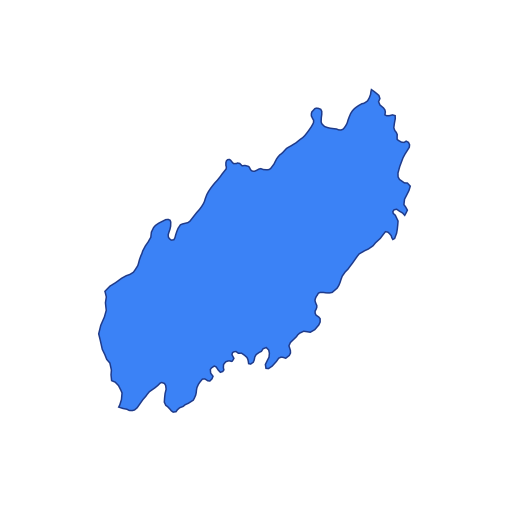 the district of Maladzyechna, Minsk, Belarus, rotated 305°
{"feature_id": "67162791B22380901430791", "entity_name": "Maladzyechna", "entity_type": "district", "adm_level": 2, "iso_a3": "BLR", "parent_name": "Belarus", "parent_adm1": "Minsk", "projection": "equal_earth", "projection_center": [26.93, 54.243], "detail": "fine", "context": "isolated", "style": "filled", "palette": "blue", "viewbox_px": 512, "rotation_deg": 305, "n_neighbors": 0, "source": "geoboundaries", "source_scale": "gbopen_adm2", "svg_char_len": 4994}
<svg xmlns="http://www.w3.org/2000/svg" viewBox="0 0 512 512"><g transform="rotate(305 256 256)"><path d="M53.5,230.2L54.8,234.5L56.4,238.1L56.8,240.8L58.4,243.3L60.2,244.8L63.5,245.7L68.3,245.7L73.4,245.7L77.9,246.2L80.3,246.2L83.7,246.5L87.8,248.0L90.0,248.8L93.5,249.8L96.9,250.4L98.3,251.3L99.1,254.1L98.1,256.3L95.3,258.8L91.2,260.4L87.2,262.6L83.7,264.7L81.9,267.8L81.9,269.9L81.2,273.4L80.6,275.5L80.6,277.7L82.6,279.8L84.9,279.8L87.9,280.5L91.0,282.6L93.6,283.3L96.6,285.1L101.9,287.3L103.9,287.1L107.4,286.4L109.8,285.4L111.9,284.2L114.3,283.1L118.0,282.4L121.0,282.4L124.4,282.7L125.9,284.5L126.1,286.1L126.1,288.0L127.1,289.9L130.1,290.4L132.8,289.8L133.6,287.4L134.0,286.1L136.8,283.7L138.7,283.7L141.9,284.9L142.3,286.8L141.7,288.6L140.9,290.5L140.3,293.5L142.3,295.0L144.3,295.0L145.7,293.4L148.4,291.7L149.8,291.7L152.0,291.9L154.1,293.4L155.1,294.8L155.5,296.2L156.1,296.8L157.9,296.8L159.5,296.6L160.6,294.4L161.4,292.9L163.4,292.2L164.8,292.8L166.3,294.4L166.2,297.3L168.1,299.9L168.1,303.7L167.7,306.8L166.8,308.4L165.6,309.8L163.6,311.7L164.4,313.6L167.4,314.7L169.7,314.2L172.7,312.9L175.4,312.7L178.8,313.9L181.0,315.1L184.1,315.0L186.9,316.9L186.3,320.3L184.1,322.7L180.6,324.7L176.2,325.3L172.5,325.9L169.7,328.6L170.9,330.8L175.1,332.4L181.4,333.2L185.3,333.2L187.5,334.5L188.5,336.3L189.3,339.0L193.6,340.3L196.3,339.9L198.3,338.4L199.7,336.6L201.3,334.5L204.8,333.8L207.0,334.2L213.1,335.4L215.4,335.4L217.8,336.0L221.7,338.2L223.1,340.9L224.7,344.2L229.4,346.4L235.5,347.0L238.7,346.4L241.4,344.5L242.0,342.5L242.0,339.1L243.0,337.3L244.8,336.0L246.8,335.8L248.9,335.2L250.3,334.2L251.2,332.7L252.4,330.9L253.7,329.6L255.7,328.9L257.5,328.6L259.3,328.6L261.3,328.4L262.9,329.4L264.8,332.1L266.1,334.7L268.0,337.5L269.9,339.3L276.2,340.9L279.4,340.7L282.6,340.0L285.5,339.1L288.9,338.2L294.0,338.2L298.2,338.9L300.4,338.9L305.8,339.1L308.6,339.1L314.0,339.1L316.9,339.3L322.9,342.1L326.1,344.0L331.5,346.0L335.3,346.3L341.7,347.7L347.1,347.9L350.2,348.1L351.2,350.4L350.9,352.5L350.2,355.1L349.0,356.5L348.0,358.6L349.9,359.5L355.3,358.1L359.1,356.3L362.9,354.2L366.1,352.3L369.3,346.7L369.6,344.0L370.9,342.6L373.1,342.6L375.0,344.4L375.0,347.9L375.3,351.4L374.6,354.5L377.5,354.2L380.4,353.7L382.0,350.4L382.9,347.7L387.7,345.1L392.8,344.4L397.5,343.7L401.7,342.3L402.6,338.2L401.0,335.6L401.0,332.1L401.0,329.6L402.3,327.0L405.4,324.7L411.8,322.4L417.2,321.0L420.7,320.1L424.8,319.6L429.2,319.4L433.0,319.2L435.2,318.0L436.5,315.7L436.2,313.1L434.0,312.2L432.7,309.9L432.4,306.9L432.4,304.8L434.6,303.2L436.5,302.0L437.7,300.0L438.4,297.7L440.1,295.3L444.2,293.2L448.4,291.3L450.8,289.5L449.9,286.9L447.4,284.7L445.8,282.5L445.6,280.6L448.1,279.4L449.6,277.8L450.4,275.5L450.7,272.3L450.8,270.9L452.7,267.9L456.0,267.2L458.0,264.6L458.3,261.8L458.5,258.6L458.5,255.1L456.3,256.0L454.0,257.2L450.5,258.1L447.0,258.4L444.3,257.4L442.7,256.6L441.5,255.4L437.9,253.7L435.5,252.8L433.2,252.1L430.3,251.7L427.1,251.8L423.3,252.6L420.2,253.4L417.9,254.2L416.2,254.6L413.7,254.8L411.5,254.8L409.6,254.5L407.9,253.3L406.7,251.3L406.2,249.1L404.6,246.1L403.2,243.4L402.3,241.1L401.6,238.7L401.4,237.8L401.9,234.7L402.4,233.5L403.4,232.3L406.7,230.2L409.8,228.6L412.2,226.9L413.3,224.9L412.7,222.4L411.7,220.6L410.5,219.7L406.0,219.1L404.2,219.8L402.5,221.0L401.6,222.6L400.7,224.2L400.3,225.3L398.3,226.6L396.5,226.9L393.5,227.2L388.4,227.2L385.8,227.1L382.5,226.9L379.8,226.4L377.1,225.4L374.7,224.7L371.5,223.8L369.1,222.7L366.5,221.6L363.9,220.3L361.6,219.3L358.7,218.9L356.3,218.6L354.2,218.1L352.5,217.5L349.7,217.2L347.2,217.2L344.2,217.6L341.7,218.0L338.4,217.9L336.0,217.8L334.3,217.1L333.0,215.7L331.9,213.9L331.0,212.4L330.3,209.8L329.0,208.6L326.8,207.5L324.7,206.3L323.8,205.1L323.4,204.0L323.4,202.8L323.7,201.8L325.0,199.4L325.0,198.1L323.8,195.0L321.9,192.9L322.5,189.6L321.5,187.4L320.6,187.0L318.9,184.8L319.0,183.3L319.9,180.1L319.8,178.8L318.6,177.5L317.0,177.2L315.2,177.8L312.8,179.5L311.9,180.7L310.2,181.6L306.9,181.4L303.7,181.2L300.8,181.2L296.0,180.9L292.5,180.4L290.1,180.2L285.7,180.0L281.5,180.1L278.1,180.5L274.1,181.5L271.1,182.5L268.7,182.9L265.3,183.1L261.8,183.0L257.5,182.5L254.1,182.3L250.0,182.1L246.6,181.9L244.3,181.1L240.1,177.4L238.2,176.2L234.0,176.3L230.9,177.0L227.2,178.1L224.6,179.1L222.2,179.4L220.4,177.5L220.5,175.2L221.2,173.4L223.0,171.9L225.0,171.2L228.5,170.2L231.4,169.0L234.9,166.7L236.0,165.1L235.6,163.1L234.0,161.2L229.2,158.6L226.9,157.4L223.3,156.1L220.6,155.8L215.6,156.6L213.0,158.0L211.0,159.1L207.5,159.4L205.9,159.6L200.9,159.6L195.2,160.3L192.3,161.2L190.4,161.5L186.3,162.6L182.5,164.0L180.3,164.7L175.9,164.9L172.4,164.9L168.6,163.3L165.4,161.0L160.7,158.7L153.4,156.2L147.7,153.7L140.4,152.5L140.2,152.8L136.6,156.9L131.3,159.5L125.6,164.5L119.1,166.8L110.2,168.6L102.0,171.8L97.6,176.8L91.4,183.6L88.6,188.6L85.7,193.0L84.5,197.7L79.6,203.0L75.5,205.4L71.1,209.2L71.9,213.0L71.0,217.7L68.6,222.2L67.0,224.8L61.3,228.1L56.0,229.8L53.5,230.2Z" fill="#3b82f6" stroke="#1e3a8a" stroke-width="1.5"/></g></svg>